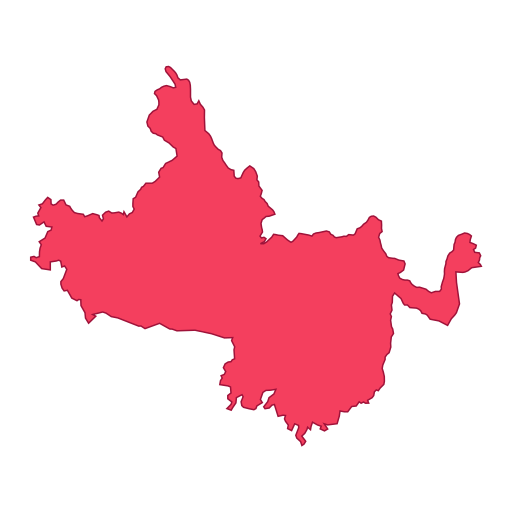 the district of São Luiz Gonzaga, Rio Grande do Sul, Brazil
{"feature_id": "56859067B99298801417178", "entity_name": "São Luiz Gonzaga", "entity_type": "district", "adm_level": 2, "iso_a3": "BRA", "parent_name": "Brazil", "parent_adm1": "Rio Grande do Sul", "projection": "mercator", "projection_center": [-54.867, -28.39], "detail": "fine", "context": "isolated", "style": "filled", "palette": "rose", "viewbox_px": 512, "rotation_deg": 0, "n_neighbors": 0, "source": "geoboundaries", "source_scale": "gbopen_adm2", "svg_char_len": 6030}
<svg xmlns="http://www.w3.org/2000/svg" viewBox="0 0 512 512"><path d="M351.7,406.5L356.2,406.0L359.2,401.8L361.1,403.2L363.6,402.0L365.4,403.2L368.7,403.1L367.6,400.3L372.1,397.7L373.7,395.6L374.4,391.8L376.3,389.9L378.3,390.7L380.1,388.1L383.8,384.4L384.4,381.3L384.3,376.5L383.3,372.0L382.2,368.5L382.8,365.0L385.1,359.5L385.1,357.1L386.9,354.5L389.1,352.7L390.8,347.1L390.6,343.2L391.3,336.9L393.5,333.5L392.7,329.0L391.5,326.7L390.6,320.2L391.4,316.5L390.2,313.9L392.0,310.1L391.4,305.0L392.3,302.4L392.5,296.2L394.6,293.0L401.0,298.5L403.3,303.4L404.6,305.0L407.5,305.0L409.9,307.6L416.5,308.1L418.7,309.1L420.6,310.6L422.0,313.3L425.5,314.0L427.3,315.2L430.1,319.2L438.9,320.9L447.6,325.4L451.3,318.8L454.7,315.1L456.4,312.7L459.5,303.9L456.5,282.5L455.9,271.9L462.8,272.4L465.0,272.0L468.0,270.7L471.7,267.7L481.3,266.3L480.3,264.4L478.3,262.6L479.5,259.9L479.7,257.7L480.7,255.8L479.3,252.9L474.7,252.3L473.5,249.5L475.6,248.1L476.3,245.2L473.3,243.7L469.9,242.4L470.3,239.5L471.4,236.0L469.7,234.6L467.5,233.5L464.6,233.0L461.5,234.3L458.4,235.4L456.5,237.3L455.5,239.4L455.0,242.4L454.1,244.4L453.6,250.0L452.1,251.6L449.7,253.1L447.9,255.9L447.0,259.0L446.0,261.4L445.9,263.7L444.6,268.6L444.4,271.5L444.5,274.0L444.1,276.6L443.7,278.7L442.6,281.7L441.2,286.7L441.4,289.1L439.6,291.4L435.5,291.4L431.3,292.8L428.6,291.4L426.0,289.2L419.6,287.2L416.7,287.4L414.4,286.2L412.0,284.4L410.7,282.7L409.7,280.8L407.5,280.1L405.0,280.1L402.3,279.5L399.7,278.1L398.5,275.7L397.9,273.6L400.5,272.4L403.6,270.0L405.1,263.9L403.9,261.0L398.8,260.1L394.7,258.4L392.7,258.3L388.6,257.7L386.8,256.4L385.8,253.8L383.7,251.1L381.7,248.1L381.1,245.2L380.5,243.1L379.9,240.0L378.6,237.3L379.7,233.5L382.1,231.6L381.5,228.4L381.6,225.0L381.4,221.1L378.4,219.7L375.9,217.2L373.6,216.0L371.2,216.3L369.4,217.4L367.9,220.2L366.4,222.3L363.6,224.2L361.7,226.4L359.9,227.8L357.2,228.8L355.1,233.8L353.5,235.1L348.7,234.6L346.4,236.4L343.9,236.2L341.9,236.8L336.2,237.7L334.4,237.0L333.1,235.4L330.7,234.2L329.3,231.9L326.4,231.0L318.9,232.6L316.0,233.0L313.5,234.0L311.9,236.1L308.9,235.1L301.0,233.6L299.0,233.4L297.8,235.1L296.7,237.1L292.8,241.3L291.0,242.3L287.5,240.0L282.7,235.7L278.2,235.2L275.7,234.6L273.6,234.3L271.8,237.1L266.6,242.0L263.8,243.7L260.4,243.7L264.3,241.6L266.0,238.7L264.0,237.3L261.4,237.9L260.0,236.1L262.5,232.0L262.2,229.8L261.6,227.5L261.0,223.4L262.2,219.6L264.3,218.0L266.0,216.5L269.2,216.2L274.9,214.2L273.9,211.7L272.6,209.9L268.2,206.2L267.1,203.5L265.1,201.5L264.0,199.6L261.9,198.2L260.3,196.3L261.2,193.9L262.1,190.4L258.9,186.0L258.7,182.0L256.9,179.8L257.3,176.1L255.7,171.7L253.8,168.6L249.8,165.9L247.0,168.1L244.7,170.2L243.3,172.4L240.8,177.9L237.9,178.6L235.8,178.2L234.2,176.1L233.8,170.3L230.9,169.6L228.2,168.0L225.9,164.8L224.6,162.8L222.9,160.5L221.7,157.2L222.0,153.0L220.5,150.6L218.2,149.3L215.8,146.9L214.3,145.2L213.3,143.2L211.7,138.8L210.5,136.2L208.8,133.8L204.9,130.5L204.4,117.6L204.5,110.0L202.9,107.2L200.3,104.2L198.8,100.8L197.1,103.9L194.1,104.4L191.3,100.9L190.5,97.2L190.5,89.3L190.3,85.3L189.7,82.3L188.5,80.2L186.8,79.1L180.3,79.9L177.9,77.8L176.9,75.0L175.8,73.1L174.5,71.5L170.5,67.5L168.6,66.5L166.2,66.8L165.2,68.8L166.0,71.6L170.1,76.6L173.6,81.9L175.1,84.3L175.7,87.3L173.4,87.9L170.2,86.6L166.5,85.6L163.9,86.2L161.5,87.3L159.7,88.8L157.3,89.8L155.0,91.4L154.5,93.6L156.6,95.7L158.6,100.0L158.9,102.2L158.9,104.8L156.9,109.3L153.0,111.3L149.3,115.1L146.9,122.0L147.9,126.1L150.2,128.4L151.2,131.3L153.2,133.2L155.8,133.7L157.4,134.9L162.7,137.0L164.4,140.2L169.1,143.0L173.2,147.0L175.9,148.5L177.1,156.1L172.2,160.3L165.6,163.5L163.1,167.6L161.1,168.3L158.7,172.2L159.6,177.1L155.2,181.4L152.3,183.2L145.9,183.2L143.4,186.4L141.6,187.3L140.6,189.4L138.0,191.8L135.6,197.3L133.2,198.7L132.9,203.6L132.9,206.5L134.2,209.1L132.3,212.5L129.4,213.9L126.9,216.9L124.0,211.8L123.3,214.6L121.6,213.3L118.8,212.1L114.1,212.9L111.7,213.0L108.7,211.1L105.6,212.2L102.5,215.2L103.4,218.9L102.0,221.0L99.4,217.8L99.0,215.5L96.8,214.7L92.7,213.6L87.6,215.8L84.7,216.7L83.3,214.3L77.6,213.5L74.4,212.6L72.3,210.4L70.8,208.3L69.7,206.3L66.0,204.9L63.7,200.1L60.6,200.1L58.2,202.0L56.1,204.2L53.1,205.2L51.1,203.9L50.9,199.6L47.7,197.4L45.4,199.9L42.4,203.8L38.9,205.0L40.9,207.6L37.8,213.1L38.7,215.9L36.0,216.2L33.5,217.1L36.6,224.5L39.4,225.0L44.0,221.9L46.2,226.3L51.9,227.0L51.1,230.1L47.8,231.6L45.0,238.1L39.2,241.7L41.3,244.7L40.1,248.1L39.5,251.7L39.4,256.6L36.2,257.7L34.0,256.4L30.7,257.2L30.7,260.2L35.4,261.9L41.7,268.6L50.3,269.9L50.3,261.9L56.2,261.0L58.7,260.2L60.7,261.2L61.8,267.0L64.6,266.0L66.8,269.3L63.3,278.6L60.9,281.6L60.9,284.2L62.1,288.1L64.1,290.9L67.4,290.3L71.8,298.1L77.0,300.7L78.7,299.5L80.8,299.7L81.0,305.6L85.0,312.7L85.5,318.1L88.6,323.2L95.8,316.2L92.7,314.5L102.7,312.0L106.0,313.1L111.3,316.6L117.8,317.9L138.7,326.1L141.0,326.0L145.0,328.6L159.6,323.3L169.8,329.0L172.2,329.1L176.9,330.8L195.0,330.2L211.5,333.7L224.5,337.9L232.7,337.6L231.6,340.6L234.7,346.8L234.0,349.8L234.6,358.8L232.3,359.8L231.0,361.7L228.2,362.0L225.1,363.9L223.4,367.7L225.7,371.6L224.3,374.4L221.1,375.7L222.2,378.1L220.5,380.6L219.8,384.6L228.0,385.9L230.5,386.9L231.0,393.0L227.8,395.5L227.8,398.8L231.8,401.9L231.1,404.3L226.9,408.6L231.2,410.2L232.7,407.6L235.9,402.9L236.4,397.6L242.0,394.7L243.1,396.7L241.1,401.8L241.8,405.6L243.5,407.3L249.0,408.7L253.9,409.7L255.9,408.6L256.9,405.9L262.3,402.6L260.4,399.5L262.9,392.4L265.9,390.4L270.4,390.2L275.9,389.3L273.9,394.0L269.0,397.7L267.7,401.7L263.7,406.8L265.0,408.7L269.2,408.0L272.0,405.1L274.4,404.5L278.1,416.3L283.0,415.2L285.5,415.5L284.5,418.9L285.5,421.3L288.3,425.1L287.6,428.6L291.6,430.6L294.7,423.8L298.5,425.4L298.7,427.7L295.8,435.3L296.8,438.1L300.6,441.6L301.9,445.5L304.0,444.1L305.7,441.3L301.8,436.1L304.8,433.3L306.9,429.6L307.6,427.2L310.5,429.7L311.0,426.6L312.5,422.2L317.6,425.0L321.2,426.2L320.2,428.9L324.5,430.9L327.7,429.0L324.2,423.8L327.6,424.9L337.1,423.7L339.3,416.1L340.0,411.0L344.5,411.8L347.7,411.8L351.7,406.5Z" fill="#f43f5e" stroke="#9f1239" stroke-width="1.5"/></svg>